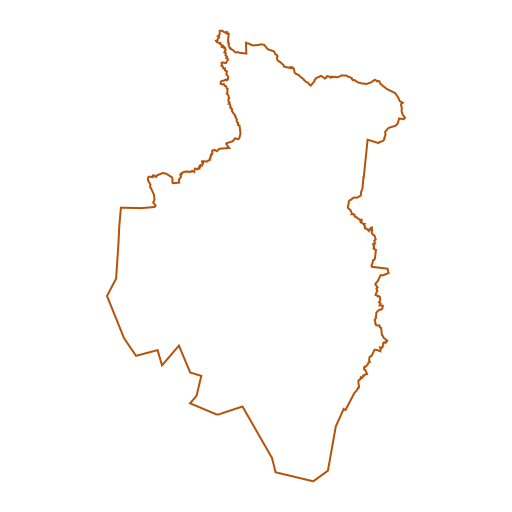 Huejotitán, Chihuahua, Mexico
{"feature_id": "50627088B75721726599609", "entity_name": "Huejotitán", "entity_type": "district", "adm_level": 2, "iso_a3": "MEX", "parent_name": "Mexico", "parent_adm1": "Chihuahua", "projection": "robinson", "projection_center": [-106.036, 27.072], "detail": "fine", "context": "isolated", "style": "outline", "palette": "amber", "viewbox_px": 512, "rotation_deg": 0, "n_neighbors": 0, "source": "geoboundaries", "source_scale": "gbopen_adm2", "svg_char_len": 5955}
<svg xmlns="http://www.w3.org/2000/svg" viewBox="0 0 512 512"><path d="M370.7,82.5L366.3,84.0L361.8,83.4L358.2,82.5L354.1,79.9L352.9,80.2L352.1,79.4L351.7,78.0L347.3,76.3L346.6,75.6L341.3,75.4L340.3,76.3L336.5,77.3L334.7,76.7L333.0,77.4L332.0,76.6L331.3,76.6L330.7,77.7L329.5,76.8L327.4,76.1L326.5,76.5L326.3,77.7L324.7,78.5L321.2,75.8L315.9,78.2L315.4,79.4L314.7,79.7L314.3,81.4L310.8,85.5L310.0,84.8L309.2,84.6L308.4,83.0L305.8,81.7L303.6,79.6L303.6,79.2L299.8,76.3L299.2,75.4L295.0,73.2L294.5,72.3L294.0,69.1L292.8,67.5L292.0,67.3L291.6,68.3L290.7,68.1L290.1,67.2L289.7,67.8L289.1,67.8L284.0,66.6L283.9,65.6L282.9,64.5L280.1,62.0L277.7,60.6L276.8,57.5L277.5,56.7L277.4,55.9L277.0,55.1L275.5,54.3L274.3,51.9L273.6,51.2L267.8,49.3L264.3,44.9L260.8,44.3L258.4,45.0L253.1,45.4L251.0,44.8L249.4,43.7L246.7,43.4L245.9,41.8L246.3,53.6L238.9,52.7L238.1,52.1L235.6,52.5L232.4,49.7L230.9,49.1L230.5,48.2L229.9,48.3L228.8,45.7L228.8,43.4L228.3,43.3L228.4,42.0L228.0,41.4L228.4,41.1L228.0,39.8L228.8,34.0L227.9,33.8L227.7,32.8L226.7,33.3L226.6,32.4L226.2,32.6L226.1,32.1L225.5,32.5L224.4,32.3L222.1,30.7L219.7,30.9L219.6,34.6L217.9,36.2L218.9,36.6L219.2,37.3L217.6,39.0L217.5,40.4L216.0,40.8L216.9,42.1L219.2,43.0L220.3,42.9L220.3,44.3L221.2,44.4L221.8,45.4L221.7,47.0L222.2,47.1L223.2,46.0L223.6,46.6L223.4,47.2L223.6,47.7L224.3,48.3L224.8,47.6L225.1,47.9L225.6,50.5L224.5,51.7L224.4,52.6L225.6,52.9L225.8,54.1L225.5,55.5L227.0,56.5L226.9,57.3L226.3,58.0L227.6,58.5L227.9,59.8L225.7,63.2L222.7,62.4L222.2,63.1L221.6,63.0L221.9,65.5L221.5,65.8L222.9,66.6L223.3,68.5L225.0,68.4L225.0,70.4L227.0,71.4L226.3,74.0L228.2,76.7L227.9,79.5L226.8,79.6L226.7,80.2L225.3,79.7L224.4,80.5L221.5,81.1L220.9,81.7L220.6,83.8L222.7,84.5L223.7,84.0L225.1,86.0L226.1,86.2L226.7,88.3L227.7,89.1L227.3,90.7L227.5,92.5L226.8,93.6L228.1,94.9L228.7,96.5L228.7,98.0L229.2,98.2L228.4,99.8L228.4,101.3L229.6,102.4L228.7,103.7L229.5,103.7L229.9,104.3L230.4,106.3L230.3,107.5L231.0,107.6L231.3,108.9L232.1,109.1L232.0,111.4L232.9,112.2L233.3,113.3L234.1,113.8L234.4,114.7L235.3,115.4L235.3,117.0L236.1,117.5L236.2,118.7L236.9,119.4L236.6,120.9L237.4,122.6L238.1,122.8L237.9,124.9L239.5,125.5L240.5,133.4L239.4,137.8L238.6,139.0L237.8,139.2L235.0,138.3L232.8,141.2L226.3,143.3L226.7,144.8L229.2,147.9L219.3,148.8L216.8,151.2L214.8,149.9L214.3,150.3L212.5,150.3L212.1,151.3L212.4,152.6L211.8,153.6L212.0,154.3L211.1,154.4L210.7,155.4L210.9,156.5L210.1,157.5L210.4,158.7L209.7,159.1L209.6,160.2L208.3,160.4L207.4,161.5L202.2,161.2L202.1,162.3L203.1,162.6L203.2,163.2L202.0,165.6L200.6,165.0L199.6,165.9L200.2,166.8L199.0,167.4L199.6,168.0L199.5,168.6L197.2,169.4L196.9,168.9L195.1,168.6L194.1,171.2L194.2,171.9L192.1,170.9L191.7,171.6L190.2,171.5L189.8,172.0L188.8,172.1L188.2,171.6L186.8,171.4L186.2,172.0L184.5,171.7L182.2,172.7L182.0,173.7L181.0,173.7L180.3,174.3L180.6,175.5L181.0,175.5L180.9,177.1L179.6,178.5L179.3,179.8L178.9,179.8L179.2,182.6L172.8,183.2L172.4,181.4L172.5,178.5L171.8,177.2L166.4,173.8L162.8,173.0L157.0,175.4L156.2,176.9L153.6,175.2L152.9,175.5L153.3,176.6L152.7,177.2L149.5,176.6L148.4,177.0L147.8,179.8L150.5,184.9L150.0,186.0L150.2,187.2L150.9,188.0L154.0,194.9L154.5,199.9L153.2,202.5L155.6,205.6L154.6,207.0L141.6,208.1L120.9,207.7L119.2,227.1L118.5,242.8L116.1,278.6L107.0,296.0L124.1,338.3L136.0,355.8L157.6,350.1L162.0,365.4L178.9,345.6L190.2,372.5L201.3,375.9L196.5,395.9L190.1,403.3L215.9,414.2L218.0,414.6L242.5,406.5L272.0,458.0L275.6,472.3L313.2,481.3L327.9,470.7L335.8,426.4L343.7,408.9L345.5,410.1L354.0,393.6L357.6,389.2L357.9,388.0L358.7,387.9L359.1,386.6L358.5,383.7L358.4,380.7L358.8,380.1L360.3,379.3L360.8,377.3L361.9,378.0L362.5,377.5L363.1,375.8L363.7,376.0L364.3,374.9L367.0,374.1L365.4,370.1L364.2,369.5L364.1,367.6L364.6,366.7L365.3,366.9L365.9,366.4L368.0,364.0L368.5,362.4L369.8,362.0L369.1,360.1L369.5,357.3L370.3,356.3L371.6,355.9L374.4,350.0L374.9,349.7L376.0,349.7L380.3,351.2L380.2,350.4L380.8,349.2L380.0,347.4L382.2,347.6L383.2,345.3L383.2,342.8L384.2,342.3L385.5,342.9L385.8,342.0L386.8,341.6L387.2,340.5L386.1,340.2L385.6,339.2L383.7,337.9L382.8,335.9L381.8,334.7L381.2,328.0L379.8,327.3L379.8,326.2L379.2,325.3L377.4,325.6L376.1,325.2L376.1,324.4L375.3,323.8L375.3,321.7L374.6,320.0L376.1,317.7L375.7,316.6L376.2,315.8L376.3,312.9L377.7,311.1L379.7,309.6L380.6,309.8L382.2,308.8L382.9,305.9L382.7,305.6L379.6,305.4L380.5,303.6L380.1,302.8L379.0,302.4L380.3,299.8L379.8,296.7L378.7,296.1L377.8,296.5L377.2,295.5L375.6,295.1L375.6,294.4L377.4,290.7L376.4,288.9L376.5,288.4L377.6,287.5L375.3,284.3L376.3,282.6L377.5,281.5L380.6,275.2L383.2,275.3L388.6,273.0L387.5,268.7L371.8,266.8L371.5,265.3L372.7,262.8L372.9,260.3L374.3,259.7L375.0,258.1L375.9,249.8L374.0,249.0L373.5,248.2L374.1,247.9L373.9,246.5L374.1,246.1L373.4,245.3L373.2,244.1L374.4,244.2L375.1,243.3L374.7,242.8L374.3,240.6L375.7,239.5L374.7,236.0L374.2,235.2L373.0,234.8L371.9,233.3L371.8,231.7L372.1,231.1L371.8,227.5L370.5,228.3L370.5,229.7L369.0,229.6L368.8,230.9L366.3,228.4L364.9,228.4L364.7,226.9L365.0,226.1L364.0,225.0L364.6,223.9L363.1,223.8L361.7,222.4L360.7,222.5L360.5,222.0L360.5,221.2L361.7,220.4L361.5,219.6L359.8,220.1L358.9,219.0L357.3,218.2L356.7,217.3L355.1,216.9L354.4,215.7L354.6,214.8L354.1,214.4L352.5,214.3L352.8,214.1L351.7,213.1L350.6,210.3L347.9,207.9L347.8,206.6L348.8,203.4L348.6,202.5L348.9,201.2L349.7,200.3L351.5,199.5L352.3,198.4L353.8,197.6L356.8,197.7L358.9,196.7L360.6,195.5L361.2,194.3L360.9,192.5L362.4,188.9L363.4,177.6L363.7,177.7L367.6,139.7L378.6,143.1L379.1,142.2L382.0,141.3L383.5,140.4L384.3,139.2L384.2,138.1L384.8,137.5L384.7,136.6L385.6,134.7L385.1,132.0L387.9,128.5L389.2,127.7L395.5,125.8L397.6,123.7L399.1,118.5L400.1,118.9L401.6,118.6L403.2,119.3L404.7,118.4L405.0,117.7L402.8,114.9L401.6,111.3L401.8,107.4L401.0,105.3L401.3,103.6L402.7,102.8L399.6,100.9L398.5,98.0L395.2,93.1L387.0,89.1L380.5,84.0L379.4,81.4L378.5,80.9L377.1,81.4L376.4,80.6L374.9,79.8L370.7,82.5Z" fill="none" stroke="#b45309" stroke-width="2"/></svg>